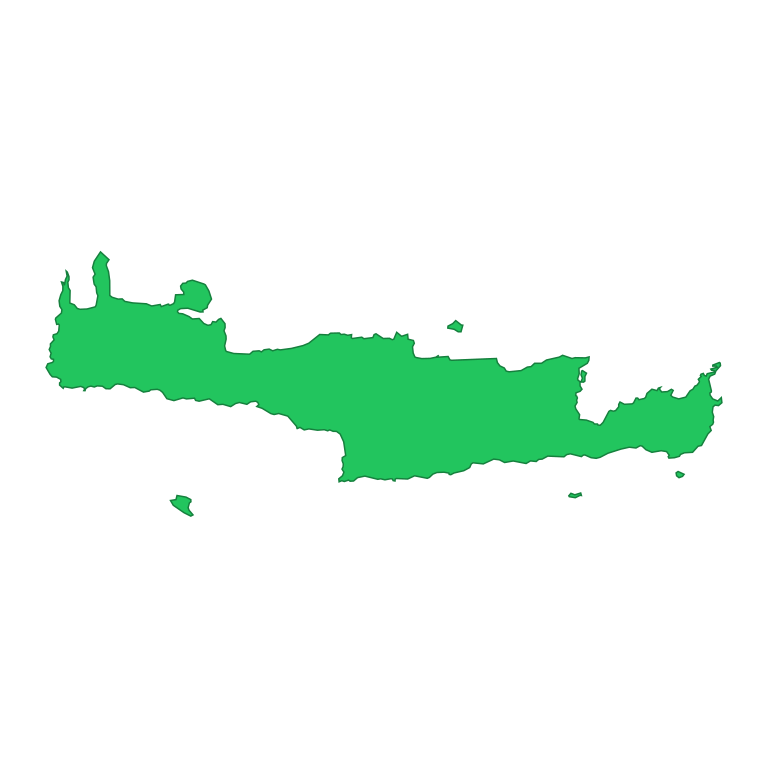 the district of Kritis, Kriti, Greece
{"feature_id": "26713481B79456911033966", "entity_name": "Kritis", "entity_type": "district", "adm_level": 2, "iso_a3": "GRC", "parent_name": "Greece", "parent_adm1": "Kriti", "projection": "orthographic", "projection_center": [24.889, 35.249], "detail": "fine", "context": "isolated", "style": "filled", "palette": "green", "viewbox_px": 768, "rotation_deg": 0, "n_neighbors": 0, "source": "geoboundaries", "source_scale": "gbopen_adm2", "svg_char_len": 6060}
<svg xmlns="http://www.w3.org/2000/svg" viewBox="0 0 768 768"><path d="M118.1,299.1L112.2,297.3L109.8,295.5L109.7,280.6L108.5,271.7L106.3,265.6L106.5,263.4L109.0,259.7L100.5,251.9L94.3,261.2L92.5,267.7L95.1,274.2L93.1,277.2L93.7,281.3L94.2,284.2L96.1,286.8L96.7,292.8L97.9,295.7L96.1,305.4L95.1,306.9L87.0,309.0L80.0,309.3L77.3,308.5L74.3,304.8L69.8,303.0L70.1,290.5L68.4,287.7L67.8,282.2L69.0,279.8L69.0,276.7L67.3,272.1L66.2,271.1L67.1,276.1L65.5,279.5L64.4,285.3L63.5,282.5L61.5,282.0L62.9,286.4L62.8,290.7L60.8,294.7L59.1,300.7L59.8,306.3L61.9,309.6L61.4,313.1L55.8,318.0L55.4,319.3L56.7,324.4L58.5,324.1L59.3,325.1L58.7,331.1L57.0,333.7L53.4,334.8L52.9,336.9L54.1,339.9L50.4,343.9L50.5,346.5L49.2,349.5L51.1,353.2L50.1,356.8L51.3,358.9L53.5,359.3L53.5,361.3L52.5,362.4L47.8,363.8L46.1,367.5L50.2,374.5L52.3,376.8L56.6,377.1L60.7,379.4L60.9,381.7L59.6,382.9L59.6,385.1L63.2,388.3L63.9,386.9L64.9,386.8L72.1,388.1L80.7,386.4L83.6,387.5L84.7,389.0L83.8,390.6L85.0,390.7L85.7,388.6L88.2,386.8L90.9,386.1L94.3,387.0L97.2,385.9L102.4,386.2L105.9,388.7L110.1,388.8L115.2,384.5L117.5,383.9L123.5,384.7L130.2,387.7L134.8,387.5L143.5,392.1L149.2,391.1L150.7,389.8L157.2,389.3L159.8,390.1L162.6,392.4L166.9,398.7L173.9,400.6L183.0,397.9L186.4,398.9L194.5,398.2L195.6,400.4L199.1,401.2L209.3,398.8L217.8,404.7L222.9,404.3L230.7,406.6L235.6,403.5L239.4,402.5L246.9,404.3L250.6,401.8L255.8,401.2L257.8,402.4L258.8,404.7L256.8,406.5L262.1,408.3L270.9,413.6L274.1,414.5L278.7,413.5L287.8,416.1L296.4,426.1L297.1,428.3L296.6,428.8L300.0,427.4L304.2,429.9L308.9,428.9L317.5,430.2L324.3,429.7L327.7,430.8L329.7,429.9L333.1,431.3L336.5,431.4L340.2,434.1L343.7,441.8L345.7,455.6L342.3,457.6L342.1,460.6L343.3,463.8L343.1,466.7L342.0,469.1L343.9,472.1L342.5,475.7L338.8,478.8L339.1,481.8L341.8,480.7L344.3,481.5L348.6,480.1L350.1,481.2L353.6,481.0L357.6,477.6L364.9,476.1L377.8,479.3L380.6,478.8L384.9,479.8L391.0,478.7L392.5,479.1L393.1,480.6L395.0,481.0L395.2,479.1L396.4,478.5L407.7,479.0L414.6,475.8L427.3,478.3L429.4,477.4L432.9,474.1L436.9,472.5L444.0,472.2L448.9,473.1L449.2,474.4L450.8,474.7L454.0,473.0L463.8,470.7L468.5,468.2L469.7,467.5L471.3,463.9L473.0,462.8L483.3,463.9L493.7,459.1L499.4,459.8L504.6,462.5L513.2,461.0L526.1,463.5L530.5,460.9L536.2,461.5L538.7,459.4L542.2,459.1L547.8,456.1L564.0,456.8L566.7,454.6L570.3,453.8L581.4,456.6L583.3,455.1L585.0,455.0L591.1,457.7L596.2,458.3L600.1,457.3L608.0,453.2L620.9,449.1L629.3,447.2L636.0,448.0L640.1,445.7L642.1,446.1L645.9,449.7L651.9,452.3L661.2,450.7L666.6,451.6L669.2,455.2L668.2,456.7L668.9,458.1L674.5,457.7L679.4,456.3L680.5,454.4L684.4,452.8L692.6,452.3L698.1,446.2L701.5,445.5L707.9,433.9L711.2,430.5L709.8,426.6L712.7,424.3L713.5,422.2L713.1,420.0L713.7,416.7L712.3,412.2L713.0,406.9L715.0,405.1L718.5,405.6L721.9,402.7L721.3,397.6L717.8,401.0L712.7,398.9L710.2,395.3L709.8,393.1L711.3,392.0L711.4,390.9L708.6,379.2L710.1,376.1L714.7,374.1L715.9,370.9L720.5,365.7L720.2,363.1L719.4,362.5L712.8,365.1L712.8,366.1L716.4,366.1L717.2,367.2L710.8,369.1L711.5,370.2L714.1,370.5L714.5,371.1L714.0,372.1L707.2,373.7L706.2,376.1L704.4,375.5L703.3,373.4L701.0,374.2L700.4,375.5L701.2,376.5L698.3,379.3L699.4,381.3L699.1,382.5L696.9,385.3L694.9,386.1L692.9,389.2L690.1,390.8L685.8,397.1L678.7,398.9L672.6,397.0L670.8,395.3L673.2,390.4L671.4,389.3L667.5,391.6L661.7,392.0L659.3,388.9L660.5,387.4L658.4,388.1L657.0,390.6L651.9,389.2L647.0,393.4L645.6,397.4L644.2,398.5L638.9,399.7L637.7,398.1L636.0,398.1L633.5,403.0L632.0,403.9L624.4,404.3L620.0,402.0L618.7,404.4L618.7,406.8L615.6,410.6L613.3,411.2L610.5,410.4L608.9,411.4L603.1,422.4L600.2,425.3L597.9,425.0L597.5,424.0L594.4,424.0L593.0,422.4L586.4,420.1L579.6,419.5L579.0,418.9L579.6,414.7L575.8,408.9L575.0,406.0L577.1,402.5L576.6,400.1L577.4,398.0L576.7,396.1L575.7,395.6L576.0,392.8L580.1,391.3L582.0,389.2L580.1,386.0L579.9,381.5L578.1,380.3L577.6,378.7L579.2,373.7L578.9,368.3L587.3,363.3L588.8,360.4L589.1,356.9L585.4,357.9L575.2,357.7L572.0,358.5L562.6,355.3L559.3,357.1L546.5,360.0L541.5,363.3L534.6,363.3L531.1,366.6L527.3,367.1L521.1,370.6L509.2,371.8L506.2,371.1L504.3,368.0L499.9,365.9L497.4,362.6L496.4,358.5L451.6,360.3L449.9,359.9L448.1,356.5L436.4,357.3L438.8,355.3L435.9,357.2L430.2,358.4L421.8,358.6L416.4,357.6L414.9,357.0L413.2,353.1L412.5,346.8L414.3,343.3L413.4,340.5L408.1,339.2L407.6,334.3L401.6,336.3L396.7,332.3L393.8,339.2L392.3,339.7L389.4,338.3L383.2,338.5L376.0,333.8L374.1,334.6L372.9,337.6L363.9,338.7L361.8,337.2L352.4,338.5L351.3,337.7L351.6,334.6L347.7,335.3L344.3,334.2L340.9,334.5L339.4,333.0L330.5,333.2L328.4,334.9L319.7,334.5L308.8,343.2L303.0,345.6L291.5,348.4L280.3,349.9L277.4,349.3L272.7,350.8L269.2,349.1L264.1,349.8L261.4,351.9L259.2,350.8L253.0,351.3L249.6,354.2L233.7,353.5L226.5,351.5L225.7,350.6L224.6,345.9L226.1,339.2L226.0,335.9L224.0,330.8L225.1,327.6L225.0,323.7L220.9,318.4L218.6,319.4L216.0,322.1L212.7,321.6L211.0,324.7L207.9,325.3L203.8,323.5L199.2,318.5L192.4,319.0L189.1,316.6L182.7,313.8L178.9,313.4L177.5,311.9L177.7,310.3L180.6,308.6L187.8,308.2L200.1,312.0L203.0,311.9L202.8,310.1L207.2,307.7L207.6,305.2L211.5,299.1L208.9,291.0L205.4,284.9L203.9,284.0L192.4,280.2L187.6,281.4L185.9,283.1L182.8,283.3L180.6,286.1L181.1,289.0L183.7,292.1L183.8,294.5L175.6,294.8L174.6,301.9L173.6,303.6L170.0,305.3L169.2,305.2L168.7,304.2L168.2,304.1L161.3,306.6L160.2,304.5L151.7,306.0L146.4,303.8L132.6,302.9L124.8,301.4L122.2,298.9L118.1,299.1ZM190.8,499.6L186.0,497.1L177.0,495.5L176.0,499.6L170.5,500.5L173.3,505.3L184.0,512.7L190.8,516.1L193.0,514.9L189.1,510.3L188.1,507.7L189.4,502.9L190.9,501.8L190.8,499.6ZM455.7,320.6L452.8,323.6L448.0,326.1L447.8,328.1L454.2,329.3L458.2,331.8L461.0,331.8L462.8,325.2L461.3,325.0L455.7,320.6ZM583.6,382.1L584.9,381.1L584.9,376.5L586.5,373.2L582.5,370.6L581.7,371.0L581.0,374.8L582.4,378.2L581.0,382.0L583.6,382.1ZM581.4,495.5L580.7,493.0L574.8,494.8L570.9,493.3L568.8,495.8L569.3,496.7L575.3,497.7L580.1,495.3L581.4,495.5ZM679.0,477.7L682.5,476.4L684.1,474.3L678.1,471.5L676.1,472.9L676.6,475.8L679.0,477.7Z" fill="#22c55e" stroke="#15803d" stroke-width="1.5"/></svg>